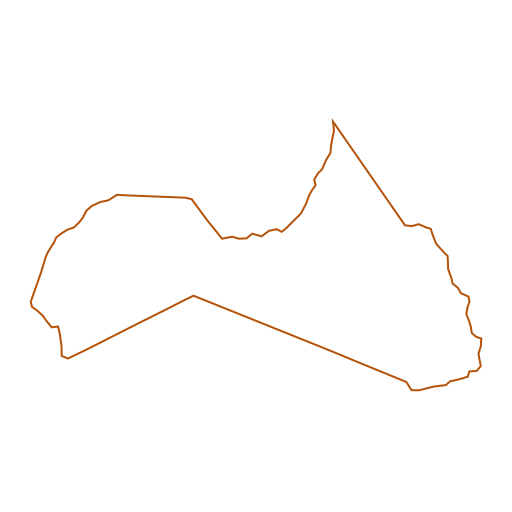 Rio Formoso, Pernambuco, Brazil (Mercator projection)
{"feature_id": "56859067B3129544617161", "entity_name": "Rio Formoso", "entity_type": "district", "adm_level": 2, "iso_a3": "BRA", "parent_name": "Brazil", "parent_adm1": "Pernambuco", "projection": "mercator", "projection_center": [-35.214, -8.663], "detail": "fine", "context": "isolated", "style": "outline", "palette": "amber", "viewbox_px": 512, "rotation_deg": 0, "n_neighbors": 0, "source": "geoboundaries", "source_scale": "gbopen_adm2", "svg_char_len": 1432}
<svg xmlns="http://www.w3.org/2000/svg" viewBox="0 0 512 512"><path d="M67.9,358.5L86.5,349.6L107.8,338.8L136.4,324.3L169.0,308.0L176.8,304.0L184.1,300.3L193.5,295.7L309.4,342.3L314.7,344.4L320.2,346.6L346.8,357.5L352.4,359.9L406.4,382.0L411.5,390.2L419.0,390.3L426.4,388.4L434.1,386.5L445.7,385.1L450.3,381.2L455.8,380.1L463.0,378.2L467.8,376.6L469.4,371.4L476.8,370.9L480.8,366.0L479.5,359.4L478.5,353.7L480.8,346.3L481.3,338.5L476.1,336.8L471.8,333.0L470.8,326.8L469.2,321.3L466.3,314.1L467.6,306.8L469.5,301.7L468.4,296.5L460.8,293.2L457.9,287.8L452.7,283.7L451.5,278.5L448.1,268.9L447.9,261.2L447.6,256.1L443.1,251.5L436.2,243.8L432.8,235.1L430.7,228.8L425.5,227.2L418.8,224.2L411.8,226.1L405.0,225.3L396.1,212.5L333.1,121.7L333.9,130.7L331.2,144.6L330.4,153.0L326.3,159.6L322.1,169.2L318.0,173.3L314.2,179.6L315.6,185.2L312.0,190.2L309.1,195.4L306.1,203.6L300.8,213.7L293.4,221.0L285.9,228.5L281.7,231.8L276.7,229.2L269.0,230.8L261.6,236.3L252.3,233.7L246.4,238.4L239.0,238.7L232.1,236.7L222.1,238.7L206.2,219.0L200.3,210.9L191.7,199.2L185.4,197.7L124.8,195.3L117.0,194.8L108.4,200.3L100.0,202.1L91.9,205.9L86.3,210.8L82.7,217.9L79.2,222.3L74.1,227.3L67.4,229.7L61.5,233.4L56.3,237.3L54.2,242.2L50.7,247.6L47.4,253.1L45.5,257.7L41.2,272.0L30.7,301.9L32.1,307.0L37.2,310.6L42.6,315.5L46.4,320.9L51.7,327.3L58.0,326.5L59.6,332.7L60.4,338.1L61.5,346.0L61.7,355.9L67.9,358.5Z" fill="none" stroke="#b45309" stroke-width="2"/></svg>